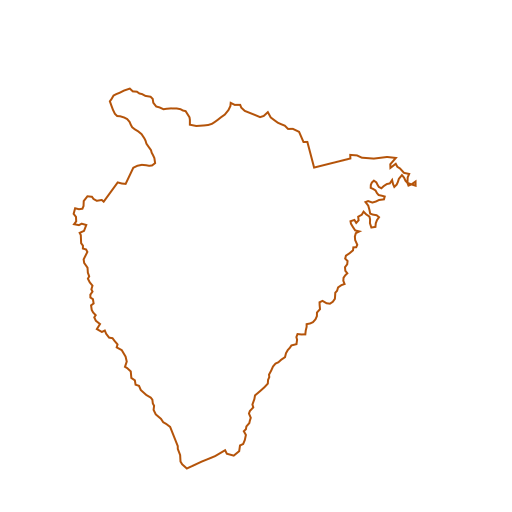 Giruá, Rio Grande do Sul, Brazil (Robinson projection), rotated 77°
{"feature_id": "56859067B21444575887211", "entity_name": "Giruá", "entity_type": "district", "adm_level": 2, "iso_a3": "BRA", "parent_name": "Brazil", "parent_adm1": "Rio Grande do Sul", "projection": "robinson", "projection_center": [-54.315, -27.993], "detail": "fine", "context": "isolated", "style": "outline", "palette": "amber", "viewbox_px": 512, "rotation_deg": 77, "n_neighbors": 0, "source": "geoboundaries", "source_scale": "gbopen_adm2", "svg_char_len": 4206}
<svg xmlns="http://www.w3.org/2000/svg" viewBox="0 0 512 512"><g transform="rotate(77 256 256)"><path d="M388.3,281.9L385.7,277.2L383.0,273.2L379.4,272.1L377.0,270.3L374.5,270.0L371.1,267.0L367.5,264.3L365.2,261.2L364.6,258.1L362.7,254.7L361.1,250.5L357.4,248.6L354.8,246.2L353.0,243.6L351.1,241.6L351.0,236.4L346.8,234.8L344.1,234.9L341.4,233.1L342.6,229.6L343.5,225.6L339.8,224.3L336.4,222.6L333.8,222.0L333.9,218.4L333.3,215.4L331.1,212.3L328.3,210.2L324.8,209.3L322.2,205.6L317.9,205.0L315.4,204.5L314.7,201.3L317.9,197.9L319.1,194.7L317.9,191.5L315.5,188.8L312.7,187.9L309.6,187.0L308.1,184.8L305.1,183.1L303.6,179.3L303.2,176.0L299.8,176.5L296.9,175.6L294.9,173.4L293.4,170.9L290.5,172.3L286.9,171.8L284.6,169.0L281.5,167.9L278.6,169.7L275.9,168.3L274.4,164.3L272.3,160.2L269.5,159.2L270.0,156.4L267.9,154.8L265.3,155.3L262.8,155.8L259.3,155.3L256.2,153.6L255.3,149.8L253.4,153.6L249.4,155.1L245.9,156.2L243.4,156.1L243.0,152.0L246.3,150.9L244.3,148.0L240.7,147.6L239.6,143.7L237.0,141.2L240.2,139.3L243.1,136.6L245.9,136.6L249.7,137.6L254.2,137.2L254.5,133.1L251.0,131.9L248.2,130.0L245.9,127.4L243.4,129.3L241.9,132.9L240.4,135.2L236.7,135.1L232.2,135.3L228.1,137.2L227.7,134.4L230.1,130.6L229.9,127.0L229.1,123.5L229.6,118.6L227.0,117.2L225.5,120.0L224.2,122.8L221.9,124.0L219.0,124.8L217.1,126.7L215.4,128.9L212.5,128.1L210.5,126.6L209.1,124.2L211.3,122.2L213.8,121.6L216.3,120.8L218.2,118.6L216.6,115.8L215.3,112.3L215.4,109.3L212.6,106.3L216.6,106.3L219.8,105.7L218.1,102.9L215.9,101.2L212.9,99.4L210.0,95.6L213.0,94.1L216.4,93.4L218.8,92.0L213.5,90.5L210.5,88.3L208.3,93.1L203.1,96.0L200.9,98.2L197.6,99.1L200.4,105.2L196.8,104.5L191.9,97.7L189.0,106.0L187.6,119.3L184.0,130.8L180.7,135.0L178.7,141.4L182.2,142.1L182.9,179.5L179.4,179.6L156.4,180.3L155.6,184.1L144.7,186.1L140.4,191.5L139.4,196.2L135.5,198.6L133.2,201.9L131.1,204.7L128.0,207.4L124.3,210.5L118.5,212.1L121.3,217.0L121.6,220.8L118.2,225.5L112.1,234.3L108.1,237.0L105.2,237.4L104.0,242.7L101.1,246.2L104.1,247.2L107.6,250.0L111.2,254.6L112.9,258.8L114.8,262.8L116.3,266.4L117.3,269.2L117.6,273.0L117.2,276.6L116.6,280.5L115.9,284.9L113.2,290.9L108.5,289.8L105.9,289.6L99.0,292.0L97.8,294.5L96.0,296.5L94.4,300.1L93.0,306.0L92.4,310.2L92.2,313.1L89.5,316.6L87.9,319.6L83.6,321.6L79.7,321.3L77.1,322.9L75.1,327.8L72.6,330.6L71.4,333.1L69.1,335.1L67.9,339.0L64.5,341.3L65.1,347.3L66.3,352.2L66.8,355.6L67.6,358.7L70.6,361.5L72.4,363.6L76.7,363.1L81.3,362.5L85.7,361.5L88.4,359.8L89.3,356.9L91.4,353.3L93.6,350.7L96.9,349.0L99.8,348.5L102.7,347.7L105.3,345.6L108.0,342.8L111.5,340.1L116.3,338.3L118.8,337.7L121.9,337.5L124.7,336.4L129.3,334.5L131.9,334.4L134.4,333.7L137.7,333.0L142.8,333.4L144.4,336.9L144.1,339.8L142.9,342.5L141.5,346.7L141.4,351.3L142.4,355.7L156.4,366.8L155.2,370.4L153.2,374.2L168.8,392.2L166.7,393.7L166.4,398.7L163.9,401.5L161.4,402.5L159.9,406.8L163.7,411.5L168.5,412.8L170.9,414.5L170.6,418.0L168.8,421.5L173.9,424.2L177.4,422.6L181.8,423.4L184.1,426.1L186.1,421.6L185.3,418.6L187.6,414.4L192.8,417.9L193.8,422.6L196.2,422.0L204.2,423.5L207.0,422.3L209.8,423.0L211.4,420.1L214.1,419.4L220.5,424.7L224.1,425.0L229.5,422.8L234.5,423.6L238.3,423.1L240.3,424.9L244.3,423.9L248.1,422.0L251.5,423.9L253.9,423.3L256.4,426.1L259.2,426.7L261.4,424.6L265.7,424.9L267.0,427.8L271.6,428.2L274.4,427.4L277.6,425.5L279.4,427.4L283.1,426.6L287.2,423.3L291.4,427.5L295.3,423.3L294.6,420.1L298.1,419.5L302.5,417.5L303.8,414.3L307.0,412.9L311.0,410.8L313.7,412.3L317.5,408.0L324.7,405.7L329.8,405.7L334.5,408.6L336.3,406.7L340.3,404.0L346.8,404.9L349.9,402.0L354.3,402.3L356.2,399.2L360.7,398.4L366.7,394.2L370.3,390.4L372.7,389.3L376.5,389.7L379.0,389.0L382.9,390.4L387.8,389.3L393.3,385.2L397.1,383.8L399.3,381.4L403.2,378.1L423.6,375.0L426.4,375.6L432.9,374.7L439.3,375.8L442.4,374.8L447.5,371.2L444.1,355.1L441.8,340.9L438.3,329.8L442.1,328.9L445.5,322.6L442.4,316.3L437.0,314.2L436.3,310.8L432.8,308.3L428.1,306.1L424.0,307.3L422.5,304.8L419.9,303.7L417.3,300.1L415.0,299.0L412.5,297.5L407.9,298.3L405.6,296.8L402.9,292.7L399.9,292.9L395.1,289.8L391.6,288.3L388.3,281.9ZM221.2,88.4L223.4,84.7L219.3,83.8L221.2,88.4ZM218.8,92.0L221.7,91.6L221.2,88.4L218.8,92.0Z" fill="none" stroke="#b45309" stroke-width="2"/></g></svg>